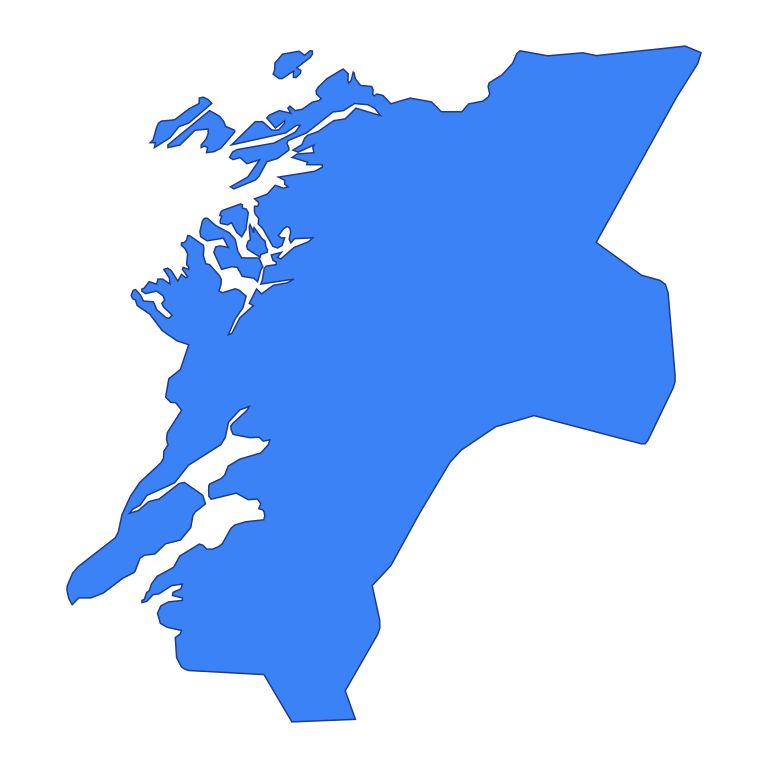 an SVG outline of Nord-Trøndelag
{"feature_id": "NOR-925", "entity_name": "Nord-Trøndelag", "entity_type": "County", "adm_level": 1, "iso_a3": "NOR", "parent_name": "Norway", "parent_adm1": "", "projection": "mercator", "projection_center": [11.396, 64.165], "detail": "fine", "context": "isolated", "style": "filled", "palette": "blue", "viewbox_px": 768, "rotation_deg": 0, "n_neighbors": 0, "source": "natural_earth", "source_scale": "10m", "svg_char_len": 6069}
<svg xmlns="http://www.w3.org/2000/svg" viewBox="0 0 768 768"><path d="M701.1,52.7L697.8,63.4L676.8,96.8L596.2,242.4L641.4,275.2L659.8,280.3L665.3,284.3L668.1,292.8L675.1,375.6L675.0,382.0L673.0,388.3L647.9,440.4L645.1,443.8L641.3,443.8L534.0,415.6L495.8,426.7L461.2,450.1L450.0,462.3L419.7,513.0L390.9,565.5L372.2,585.6L379.7,620.3L379.8,627.9L377.5,634.6L345.2,690.8L355.4,719.3L291.9,721.9L264.0,674.6L188.6,670.5L183.9,668.7L181.3,666.7L176.6,657.7L175.3,637.5L180.2,634.0L181.5,630.5L167.2,627.3L160.4,623.4L157.5,613.2L160.9,605.8L168.5,601.9L182.4,600.4L182.4,597.9L172.4,595.5L173.1,592.3L180.9,588.9L182.4,584.1L171.6,585.6L159.0,593.8L153.2,594.6L146.7,601.4L141.9,602.6L141.9,600.4L144.4,599.3L146.5,592.7L149.3,590.6L151.6,583.8L157.0,576.4L173.6,567.3L179.8,556.0L199.3,544.1L202.9,545.2L206.8,549.1L212.4,549.2L218.1,546.9L222.2,543.9L231.0,528.3L234.6,525.1L245.5,521.8L263.8,519.8L264.8,515.7L264.1,512.0L262.6,509.8L258.7,508.7L260.8,503.9L257.4,499.0L248.2,499.7L236.4,493.1L211.2,499.2L208.9,496.3L208.6,489.8L208.9,485.4L209.7,484.0L221.1,478.6L224.7,475.0L228.2,466.1L239.8,459.1L260.7,453.0L268.3,444.8L269.9,439.9L263.3,441.1L259.1,437.2L250.0,437.7L234.1,434.6L232.9,434.0L231.0,429.2L230.8,426.0L232.6,423.5L246.7,410.7L249.3,406.4L239.8,409.9L228.5,422.2L225.2,437.6L220.8,444.7L188.5,465.2L174.6,482.8L146.8,495.5L140.4,504.9L132.7,509.3L129.4,513.2L138.2,510.7L148.7,501.6L159.2,499.0L179.0,483.6L184.3,482.4L202.7,495.2L205.5,503.9L195.3,511.8L192.9,515.7L190.8,527.5L180.5,540.0L165.5,543.8L154.8,554.0L144.3,555.2L139.9,558.4L135.1,571.2L133.7,572.7L122.7,578.3L103.2,593.1L90.8,597.9L78.8,597.9L72.2,604.7L68.9,598.7L67.7,594.1L66.9,589.1L67.3,585.7L72.7,573.0L78.6,566.3L115.4,537.7L118.2,532.2L122.0,514.7L130.5,496.2L139.7,482.5L161.1,462.6L163.5,458.1L163.9,451.1L168.0,444.9L166.5,439.3L167.3,432.7L181.6,410.2L175.8,402.8L170.7,402.3L165.6,397.2L168.8,378.7L180.4,369.5L188.7,344.7L176.9,340.8L162.2,330.6L149.9,314.3L137.2,305.5L135.4,300.0L132.5,298.6L131.2,295.3L133.3,290.2L135.7,289.7L140.4,294.9L143.4,301.0L153.4,301.8L156.8,309.8L166.1,317.8L169.1,318.2L172.1,315.2L163.7,307.1L161.8,303.4L164.6,300.0L163.3,296.0L156.6,291.1L145.5,293.6L141.9,291.1L141.9,289.0L144.1,288.2L149.2,281.7L156.6,284.1L158.0,279.1L162.7,279.1L170.0,284.1L169.4,278.1L163.8,269.4L167.5,268.1L171.1,270.4L177.8,281.0L181.5,274.5L185.9,277.7L187.6,276.7L182.4,269.4L183.2,267.4L188.7,269.4L188.7,266.8L186.6,264.8L187.6,253.6L185.1,248.7L181.5,245.3L181.5,242.9L184.3,242.5L186.7,240.2L187.6,235.6L189.8,235.8L203.4,245.3L203.9,248.7L203.3,255.3L205.8,263.7L209.6,264.6L219.6,275.9L221.3,279.6L221.0,284.3L219.0,291.1L222.4,292.7L235.2,288.8L238.9,290.0L246.2,296.2L242.9,307.8L235.1,319.1L228.4,334.6L231.8,333.5L239.8,317.8L253.4,305.6L249.3,303.4L256.5,289.0L261.6,293.8L273.3,285.3L287.4,282.8L294.0,279.1L260.8,284.1L262.3,280.2L264.3,268.1L266.5,266.0L276.3,264.6L276.3,262.2L273.0,260.4L271.2,255.0L281.5,252.3L277.4,257.4L280.9,258.9L294.0,247.5L308.4,241.8L312.8,237.8L294.5,238.7L290.9,242.9L289.2,239.3L290.6,232.1L289.9,228.1L287.2,226.5L283.8,228.5L278.4,235.6L281.3,238.0L284.7,237.8L282.0,245.5L277.5,248.0L272.8,246.3L263.3,229.4L258.2,223.8L258.7,218.4L255.4,214.3L254.4,210.8L254.5,206.3L258.1,206.1L258.7,202.6L254.5,198.8L267.2,194.2L275.1,185.3L283.7,188.2L287.9,186.8L284.7,184.2L284.7,180.3L278.4,177.1L314.4,171.3L322.3,167.3L322.3,164.7L306.6,164.7L307.6,162.2L292.1,157.4L297.2,154.0L314.0,152.7L312.8,147.6L314.0,144.9L298.2,152.2L293.0,150.1L302.0,144.6L304.7,138.1L307.6,135.4L318.1,131.5L333.7,120.7L345.1,118.9L356.0,108.2L380.5,115.6L374.7,108.3L368.2,104.8L354.5,103.5L343.6,110.6L332.9,112.0L306.6,132.9L288.1,140.6L286.8,143.3L288.8,147.6L288.8,150.1L277.5,158.5L267.0,161.7L259.1,176.1L255.6,179.9L233.9,188.9L230.5,186.8L247.7,177.1L259.6,159.8L246.9,163.7L240.2,157.6L233.0,159.6L229.5,157.4L232.6,152.0L237.1,149.6L273.9,143.1L295.3,132.1L300.2,125.3L296.5,125.3L285.7,132.9L231.5,144.9L255.3,121.7L262.7,121.7L272.1,130.2L278.5,130.0L284.7,123.1L284.7,120.7L275.4,128.0L266.8,118.0L269.6,115.0L279.4,110.6L290.9,113.3L287.9,108.2L289.9,106.1L295.1,110.6L302.3,109.2L312.3,102.2L319.0,100.5L321.2,98.6L316.6,94.3L316.1,91.0L318.1,87.3L326.9,78.7L343.1,69.0L348.2,73.8L347.9,80.8L348.7,83.1L351.1,80.7L353.2,72.1L354.1,72.7L355.3,78.8L360.5,85.4L371.7,86.5L373.1,89.8L372.7,94.6L374.4,95.9L377.0,94.0L383.0,95.5L390.8,103.8L410.2,98.1L431.4,101.9L441.3,111.7L461.8,111.8L468.7,103.9L482.7,101.2L488.4,96.9L489.7,93.7L488.1,86.4L489.2,82.9L502.1,74.8L512.7,63.2L516.9,53.5L520.2,50.8L547.7,55.8L582.9,52.8L596.3,55.6L685.1,46.1L701.1,52.7ZM237.8,251.2L241.7,257.9L259.0,258.0L262.9,266.8L261.0,269.6L257.6,281.7L253.8,278.2L242.2,276.3L237.4,267.4L231.8,266.7L221.6,269.4L213.8,252.3L215.7,246.9L220.1,245.9L228.4,247.5L223.4,238.2L207.0,240.8L200.7,236.7L199.9,231.6L202.4,221.1L204.3,218.4L207.3,218.2L215.9,225.7L229.1,232.7L235.2,239.4L237.8,251.2ZM208.1,129.1L195.1,130.2L180.0,145.0L167.9,147.6L167.9,144.9L209.6,110.6L219.6,116.3L223.5,121.1L225.7,126.4L234.6,130.2L234.7,132.0L221.0,148.1L214.3,151.6L206.5,152.7L207.6,147.6L204.5,145.9L201.2,147.6L201.2,144.9L206.4,138.6L208.2,133.4L208.1,129.1ZM170.0,137.8L154.4,147.6L155.4,142.7L150.2,142.7L153.2,139.7L156.3,128.3L158.6,123.1L161.3,121.1L174.7,119.8L188.6,109.1L199.1,103.5L199.3,98.0L203.2,97.2L208.3,99.6L211.7,103.5L188.9,123.0L178.8,126.7L170.0,137.8ZM310.1,50.7L312.4,51.0L312.4,54.1L310.6,57.0L296.7,67.9L300.8,70.4L300.5,73.1L296.0,77.6L293.4,77.3L293.4,72.2L294.3,70.5L282.4,78.5L279.2,78.6L273.1,74.1L274.5,70.8L275.0,63.1L282.5,54.2L299.0,51.2L304.6,55.3L310.1,50.7ZM248.3,212.8L245.9,229.4L241.7,236.8L236.8,232.5L231.5,222.7L227.7,224.8L220.5,223.4L220.1,220.9L221.8,216.3L219.8,215.5L220.7,212.2L222.4,210.5L240.4,204.0L242.4,204.8L242.3,208.0L246.3,209.1L248.3,212.8ZM265.0,241.0L266.1,247.5L267.5,249.7L267.3,252.3L260.8,254.4L260.1,257.1L247.6,249.3L246.6,246.0L248.1,241.2L250.3,239.9L249.2,226.8L250.0,224.5L253.8,232.8L253.4,229.5L254.0,227.5L261.7,238.3L265.0,241.0Z" fill="#3b82f6" stroke="#1e3a8a" stroke-width="1.5"/></svg>